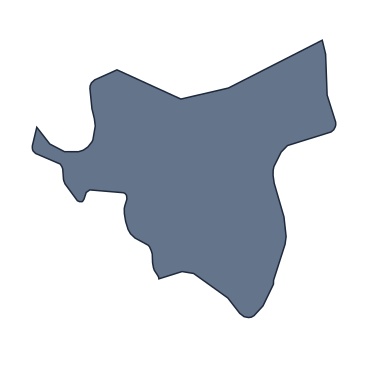 the London Borough (royal) of Greenwich, rotated 352°
{"feature_id": "GBR-2068", "entity_name": "Greenwich", "entity_type": "London Borough (royal)", "adm_level": 1, "iso_a3": "GBR", "parent_name": "United Kingdom", "parent_adm1": "", "projection": "orthographic", "projection_center": [0.032, 51.463], "detail": "fine", "context": "isolated", "style": "filled", "palette": "slate", "viewbox_px": 384, "rotation_deg": 352, "n_neighbors": 0, "source": "natural_earth", "source_scale": "10m", "svg_char_len": 1214}
<svg xmlns="http://www.w3.org/2000/svg" viewBox="0 0 384 384"><g transform="rotate(352 192 192)"><path d="M85.1,136.3L90.1,135.5L95.2,132.9L99.9,128.4L101.1,126.6L105.4,113.2L105.5,105.7L104.5,95.5L105.3,75.4L105.9,72.7L107.6,69.9L111.3,67.4L134.7,60.6L193.9,98.4L242.5,94.1L293.6,76.5L342.1,59.8L343.5,74.1L339.3,114.8L344.0,142.9L343.7,145.6L342.9,147.5L341.0,150.1L338.1,151.9L293.0,159.3L285.8,164.9L276.6,178.3L275.4,181.8L274.6,186.8L274.6,194.7L279.6,229.5L279.0,249.2L276.9,256.7L260.5,290.7L259.8,294.7L246.4,314.7L236.3,323.0L233.4,324.2L230.5,324.2L226.2,322.7L222.4,318.8L212.7,301.9L182.3,272.9L171.1,269.4L147.1,273.4L147.1,272.6L147.0,271.3L146.3,269.6L143.8,264.3L143.3,261.7L143.1,256.6L144.0,247.9L143.5,244.5L142.3,240.3L141.2,238.6L129.2,229.7L125.3,224.8L123.5,220.2L122.2,212.0L122.0,204.2L122.6,199.0L123.4,196.7L126.1,191.0L126.6,189.6L126.7,186.3L125.9,184.7L125.2,183.9L124.1,183.2L91.1,175.7L87.2,177.7L84.1,184.0L82.7,185.7L81.8,186.3L79.2,185.9L77.3,184.7L67.4,166.3L66.6,162.9L66.5,161.5L67.2,151.2L66.7,148.9L65.4,146.0L42.5,132.1L40.4,129.3L40.0,127.8L40.0,126.1L40.3,124.1L47.3,106.3L57.9,124.7L71.3,134.3L85.1,136.3Z" fill="#64748b" stroke="#1e293b" stroke-width="1.5"/></g></svg>